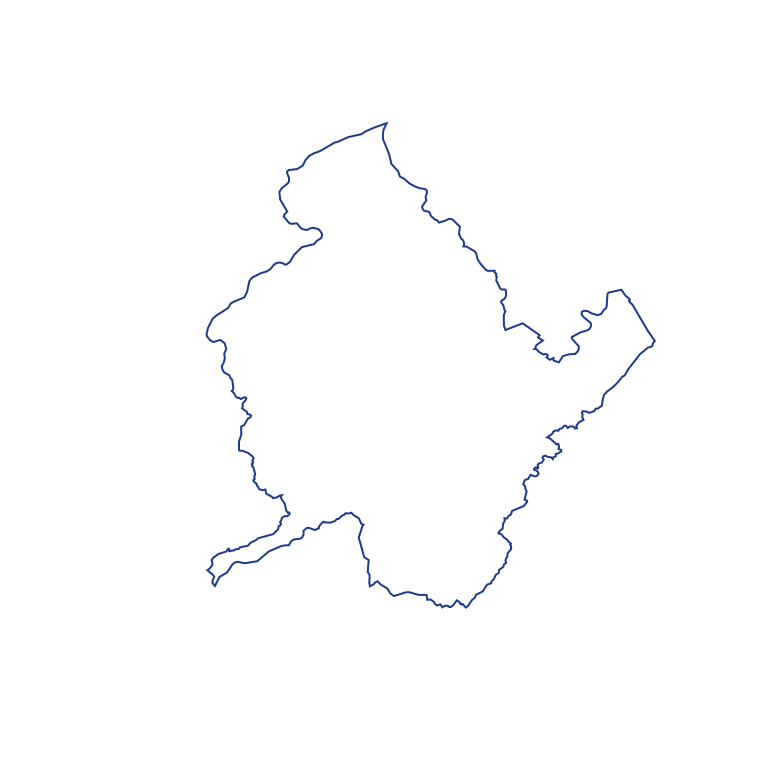 Mueang Chiang Mai, Chiang Mai, Thailand, rotated 57°
{"feature_id": "78962969B21056677706601", "entity_name": "Mueang Chiang Mai", "entity_type": "district", "adm_level": 2, "iso_a3": "THA", "parent_name": "Thailand", "parent_adm1": "Chiang Mai", "projection": "robinson", "projection_center": [98.982, 18.787], "detail": "fine", "context": "isolated", "style": "outline", "palette": "blue", "viewbox_px": 768, "rotation_deg": 57, "n_neighbors": 0, "source": "geoboundaries", "source_scale": "gbopen_adm2", "svg_char_len": 6165}
<svg xmlns="http://www.w3.org/2000/svg" viewBox="0 0 768 768"><g transform="rotate(57 384 384)"><path d="M461.3,635.8L456.2,627.1L456.6,618.3L453.1,610.3L452.4,606.9L453.5,603.3L457.8,599.2L459.1,597.1L463.6,586.8L461.7,571.8L463.8,559.3L465.1,555.5L467.4,551.6L465.3,547.5L465.3,544.2L468.3,538.0L468.1,536.4L466.7,533.7L463.2,531.3L462.7,527.2L463.9,525.2L469.1,521.2L469.0,518.4L469.6,517.4L468.0,515.9L466.5,510.8L466.9,509.3L467.9,509.0L471.2,504.2L472.2,499.9L471.6,497.1L472.4,495.6L471.6,491.3L472.0,488.6L471.5,486.5L473.6,483.8L474.2,481.5L476.8,481.1L483.0,478.3L489.0,479.1L490.8,477.8L491.7,479.8L499.0,488.8L518.4,494.9L523.3,492.7L532.6,499.9L536.7,500.2L542.6,504.5L546.0,506.0L546.4,501.7L545.6,499.6L545.9,496.9L550.5,495.9L557.5,492.6L563.1,492.7L567.2,491.2L570.7,478.9L572.2,476.4L579.9,469.6L584.1,463.2L588.5,465.2L590.0,462.4L593.6,460.9L596.1,461.0L598.7,460.1L599.5,456.7L603.0,456.8L603.2,453.9L604.0,452.4L604.9,451.1L606.6,450.7L607.3,449.6L607.2,446.5L605.1,440.7L608.0,439.5L610.3,439.7L610.6,438.5L611.7,438.6L611.9,437.7L616.0,437.2L616.0,434.7L613.1,427.7L612.8,424.6L610.9,421.4L611.7,414.2L608.8,407.9L608.5,406.4L609.5,402.8L608.1,401.2L607.5,398.2L605.0,394.2L604.9,390.8L602.6,388.7L602.3,383.6L600.6,381.6L600.5,379.1L597.9,378.1L595.8,374.6L593.3,372.4L591.7,367.2L588.2,365.4L587.3,365.6L586.7,364.5L584.4,365.4L581.6,365.5L578.2,366.9L573.4,367.5L572.1,369.3L571.1,369.2L570.1,366.4L570.0,363.4L565.9,360.0L564.6,357.3L562.2,356.1L563.8,354.1L562.5,351.5L562.5,348.7L560.2,345.6L562.5,333.0L560.7,328.0L559.8,327.6L557.6,329.1L551.6,322.8L548.8,322.5L546.4,321.2L544.1,321.9L541.7,319.1L541.4,317.3L542.1,314.9L540.0,310.6L543.7,307.8L544.3,306.0L543.9,304.2L543.4,303.2L541.9,302.9L539.5,303.2L538.1,304.8L536.8,304.3L536.6,301.9L538.4,301.3L538.5,300.5L535.4,299.0L535.1,296.9L535.8,294.6L534.5,291.2L532.0,291.1L531.3,290.0L532.0,287.6L534.2,286.5L536.6,283.7L538.9,283.4L537.7,282.0L538.2,279.4L536.2,278.0L537.0,276.1L537.1,272.0L535.6,271.4L533.5,273.0L532.1,271.5L529.2,270.4L528.8,272.1L520.0,274.5L517.6,276.2L517.4,269.8L516.2,268.3L516.5,265.0L518.2,263.2L517.2,261.2L518.1,258.9L517.2,255.6L518.1,254.1L521.0,253.8L520.8,251.7L522.1,249.0L523.8,248.0L525.3,248.1L526.1,246.3L524.0,245.6L522.3,241.4L522.7,236.2L519.8,235.8L517.7,234.0L515.9,233.6L515.0,232.2L517.5,229.1L520.1,227.4L521.2,222.5L520.0,219.9L521.0,218.4L520.9,213.2L515.5,208.4L512.9,205.1L511.8,200.8L511.3,193.9L510.1,187.6L507.7,180.3L507.9,177.5L504.6,171.0L498.5,153.4L497.2,142.6L498.1,140.5L498.2,138.1L496.0,135.8L495.4,133.4L483.1,133.8L453.0,132.4L449.3,133.3L447.6,133.2L447.5,132.1L446.1,131.8L441.4,133.4L434.3,133.5L429.6,146.0L430.3,147.6L440.3,155.1L441.4,156.8L441.5,159.1L443.5,163.6L442.6,167.4L437.8,171.5L433.9,173.4L431.4,176.6L431.3,178.8L432.7,180.1L435.8,180.4L445.4,177.4L447.8,178.5L448.8,179.8L449.6,181.3L449.8,183.9L447.7,191.1L446.9,200.7L447.6,201.5L449.3,201.6L458.3,200.1L460.6,201.4L462.2,203.7L462.9,207.4L459.7,213.0L458.1,218.8L461.1,225.6L456.6,229.0L454.5,227.7L454.1,231.6L450.2,233.2L449.5,231.1L448.0,231.0L446.4,232.8L446.3,234.1L441.7,236.5L438.4,237.0L436.6,238.6L436.7,237.4L435.1,236.4L434.4,234.7L434.0,227.0L428.8,229.5L427.8,226.9L408.6,234.7L404.9,252.7L400.2,251.5L392.8,246.9L391.0,245.5L389.2,242.6L388.1,242.8L383.0,241.1L379.0,241.2L378.1,240.1L378.3,237.6L377.6,235.2L375.8,233.0L371.6,230.7L370.8,230.9L368.7,233.9L367.0,234.5L358.1,233.4L355.6,231.1L354.3,231.2L352.7,229.7L350.6,230.5L349.2,229.6L345.7,235.2L343.9,236.4L335.6,237.6L330.0,237.6L325.6,235.8L322.4,235.5L313.6,240.0L311.8,242.5L309.7,240.1L306.3,239.5L303.8,240.1L299.0,239.4L293.4,234.7L283.2,237.0L281.0,239.3L280.2,244.4L278.5,250.0L275.5,250.2L274.1,251.6L269.1,253.0L264.1,252.5L260.6,255.9L258.9,256.3L256.0,255.6L253.0,248.5L250.1,247.5L246.8,243.6L244.7,242.7L242.6,243.6L239.3,247.4L234.8,250.7L229.9,253.3L222.6,255.4L218.7,257.7L213.3,256.3L203.5,257.9L193.5,254.4L178.1,251.5L174.4,249.3L170.6,246.0L166.7,239.7L163.9,251.3L162.1,261.6L162.2,266.8L157.4,279.7L155.8,290.5L154.6,293.9L153.8,310.9L152.3,317.4L152.0,322.4L153.4,327.7L156.6,333.4L156.5,337.8L156.4,339.8L152.8,347.3L152.9,349.3L154.3,350.4L159.3,351.3L162.4,353.4L163.3,355.3L164.2,363.4L166.0,367.2L172.8,370.6L186.7,371.2L187.6,375.3L189.1,376.9L197.2,375.9L199.1,374.6L201.9,369.5L206.8,369.1L209.9,367.9L213.0,364.6L213.3,361.1L214.3,358.6L217.6,355.3L219.6,354.2L224.7,354.3L227.4,357.1L227.4,362.8L228.6,366.4L224.5,378.3L226.7,389.0L230.3,396.1L230.7,400.4L230.1,401.9L227.5,403.2L225.4,405.2L224.0,408.2L224.1,411.7L225.8,416.9L225.7,421.1L224.0,426.9L222.9,436.6L224.4,440.9L232.0,448.5L235.3,453.9L233.0,466.1L233.2,469.1L234.9,472.3L235.4,475.0L235.2,486.7L235.9,492.1L241.2,501.2L245.7,505.8L247.9,506.5L252.5,506.0L255.2,504.7L256.2,503.4L257.8,497.4L263.1,495.4L268.8,497.3L271.6,501.5L275.9,503.6L278.8,506.8L280.8,510.4L282.9,511.4L287.3,511.8L292.3,509.0L294.9,509.5L298.1,509.1L305.2,512.5L306.6,514.1L306.9,515.5L309.8,514.8L313.9,515.1L315.7,514.5L316.9,512.8L318.5,512.5L319.1,508.2L320.4,507.2L321.4,507.6L322.4,509.4L323.3,513.1L325.8,514.6L327.1,516.3L333.1,514.1L334.6,515.0L336.6,513.1L338.2,512.6L339.0,513.7L339.1,517.4L342.3,523.7L341.9,527.0L348.9,531.4L353.3,537.0L360.5,541.6L361.3,541.4L362.8,539.2L367.8,535.5L373.2,533.8L375.3,533.8L376.8,536.3L378.6,536.6L379.1,538.6L380.5,538.5L381.3,539.4L382.9,539.0L389.5,541.1L391.1,543.3L393.2,544.1L393.5,546.0L395.7,546.2L398.3,545.2L399.8,546.0L401.9,545.6L404.2,546.0L407.0,543.6L407.9,541.0L411.9,542.5L417.5,539.4L419.3,539.2L420.8,535.6L420.8,531.9L421.6,530.4L421.9,531.6L424.5,532.6L430.2,532.5L437.2,535.0L439.5,534.8L439.8,533.6L441.1,533.5L441.8,534.2L442.2,537.3L440.7,539.0L440.7,542.4L442.9,545.2L443.2,546.4L445.2,546.5L446.1,548.1L445.9,549.8L448.3,552.0L449.5,558.8L444.8,573.6L445.2,576.2L444.5,582.5L445.5,586.3L442.6,593.6L443.2,595.8L441.9,598.2L441.7,601.0L440.7,602.7L440.6,604.0L439.8,604.8L438.5,603.8L437.5,603.8L437.3,604.3L438.6,607.6L436.4,615.4L436.7,621.3L437.8,624.6L439.2,624.7L442.3,626.5L444.1,631.8L443.9,633.6L450.6,631.5L453.3,631.4L455.1,634.5L457.4,636.2L461.3,635.8Z" fill="none" stroke="#1e3a8a" stroke-width="2"/></g></svg>